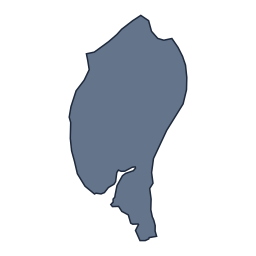 Jongju City, P'yŏngan-bukto, North Korea
{"feature_id": "82179303B20654085451729", "entity_name": "Jongju City", "entity_type": "district", "adm_level": 2, "iso_a3": "PRK", "parent_name": "North Korea", "parent_adm1": "P'yŏngan-bukto", "projection": "equal_earth", "projection_center": [125.249, 39.696], "detail": "fine", "context": "isolated", "style": "filled", "palette": "slate", "viewbox_px": 256, "rotation_deg": 0, "n_neighbors": 0, "source": "geoboundaries", "source_scale": "gbopen_adm2", "svg_char_len": 1099}
<svg xmlns="http://www.w3.org/2000/svg" viewBox="0 0 256 256"><path d="M86.4,53.8L87.8,60.8L89.2,69.7L84.2,80.2L76.1,90.8L71.0,106.6L69.2,117.2L70.7,122.5L70.3,138.4L71.6,150.8L74.5,161.4L77.4,173.8L85.0,186.2L94.5,194.0L96.0,193.2L101.1,193.9L104.4,192.6L106.6,189.8L108.4,187.5L114.0,184.2L115.6,181.6L116.8,172.5L118.4,170.1L121.1,171.3L124.7,171.2L132.3,167.2L135.2,166.9L135.5,168.1L133.4,170.7L125.6,173.4L122.5,175.7L117.0,185.6L115.3,194.1L114.8,197.2L113.1,199.1L113.1,202.1L110.8,204.5L112.4,206.6L118.6,206.4L121.8,211.4L128.3,214.9L130.7,223.1L132.7,224.2L138.1,224.0L138.5,224.6L135.5,230.5L140.0,240.6L145.2,240.6L148.8,238.9L149.2,237.6L156.6,236.3L155.1,231.0L155.2,225.7L153.8,220.3L152.3,216.8L150.8,209.7L151.1,199.1L149.7,188.5L153.0,183.2L151.6,172.6L153.5,158.5L160.1,144.4L166.7,130.3L173.3,119.7L183.1,103.9L186.5,89.8L186.8,77.5L185.5,65.1L184.0,60.7L182.5,56.3L178.0,47.4L171.9,38.5L163.9,40.2L162.7,39.9L157.7,38.4L151.5,31.3L148.6,20.7L140.8,15.4L132.8,20.6L121.6,29.3L116.8,34.6L108.7,41.6L94.3,52.1L86.4,53.8Z" fill="#64748b" stroke="#1e293b" stroke-width="1.5"/></svg>